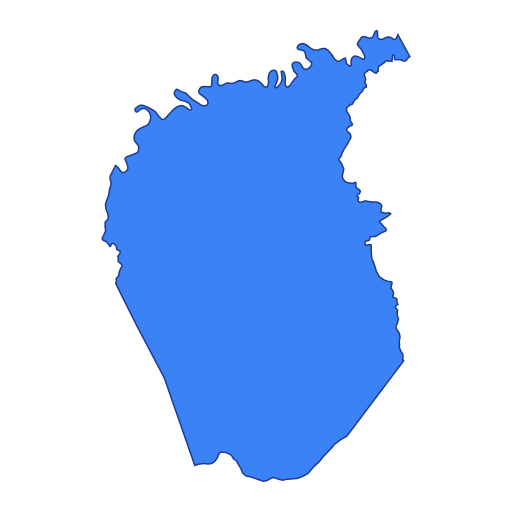 Bonito Oriental, Colón, Honduras
{"feature_id": "27666195B94434942697031", "entity_name": "Bonito Oriental", "entity_type": "district", "adm_level": 2, "iso_a3": "HND", "parent_name": "Honduras", "parent_adm1": "Colón", "projection": "robinson", "projection_center": [-85.72, 15.712], "detail": "fine", "context": "isolated", "style": "filled", "palette": "blue", "viewbox_px": 512, "rotation_deg": 0, "n_neighbors": 0, "source": "geoboundaries", "source_scale": "gbopen_adm2", "svg_char_len": 5927}
<svg xmlns="http://www.w3.org/2000/svg" viewBox="0 0 512 512"><path d="M115.6,165.5L110.1,176.2L110.1,178.9L111.1,183.0L111.1,184.3L109.7,188.8L108.4,196.1L105.9,202.5L105.5,204.5L105.9,208.9L107.6,213.1L108.2,216.0L108.2,217.9L107.7,219.3L105.1,222.3L105.1,226.4L105.6,231.0L102.1,238.7L103.3,240.5L105.4,241.2L107.2,242.5L110.0,246.5L110.5,246.3L111.3,244.4L112.2,243.5L113.0,243.3L114.1,243.8L116.5,246.5L116.6,249.2L119.5,251.0L120.3,251.8L120.0,253.5L117.8,256.3L118.4,258.5L118.1,261.0L118.4,261.6L121.5,264.4L122.0,265.3L122.0,266.2L120.6,268.5L119.2,272.1L118.8,275.5L116.1,278.7L116.5,280.7L115.8,282.6L116.0,284.2L136.9,325.9L164.3,377.9L194.8,465.5L197.5,464.5L201.7,463.7L204.4,463.6L208.2,464.0L212.0,463.4L214.0,461.9L216.8,458.9L219.0,453.7L219.5,453.0L220.9,452.2L224.1,452.2L225.9,452.5L229.0,453.8L231.4,455.3L233.6,458.9L236.6,460.9L237.8,463.5L240.6,468.0L242.7,473.0L245.4,475.5L246.6,476.2L250.7,476.9L263.6,481.3L267.1,480.5L271.5,478.1L273.5,477.5L280.3,479.7L283.3,480.2L285.5,479.4L297.6,478.4L303.2,476.1L307.2,473.9L308.7,472.7L313.2,467.3L319.2,461.8L322.6,457.4L332.4,447.0L334.2,444.5L340.3,439.9L346.9,436.1L403.7,360.7L402.6,359.2L403.0,357.5L402.7,353.8L401.0,351.5L399.2,347.2L399.6,345.0L399.2,341.6L400.0,337.0L399.5,334.0L399.1,332.8L396.7,329.4L395.9,327.1L396.0,326.0L397.2,323.7L398.5,318.7L397.5,316.4L397.1,314.6L397.6,310.1L395.5,307.7L395.2,306.9L395.7,306.0L397.9,304.5L396.8,301.9L396.7,300.8L397.1,299.8L396.9,299.0L396.0,298.3L393.4,297.3L392.7,296.6L393.4,294.2L393.5,292.7L392.8,290.8L390.9,288.1L392.1,282.6L391.3,281.9L387.6,281.3L384.3,280.1L379.4,276.8L376.5,271.6L373.3,261.5L371.8,259.2L371.2,251.1L371.2,245.1L370.5,244.7L369.4,244.6L365.9,245.3L365.4,244.9L364.9,243.1L365.3,241.8L366.0,241.0L368.5,240.6L369.4,240.1L369.8,237.9L370.6,236.9L371.6,236.5L373.7,236.6L375.7,236.3L380.9,233.1L385.8,230.9L386.2,229.8L385.9,228.5L383.9,226.8L381.1,223.4L379.3,221.8L379.2,221.3L385.4,217.7L390.3,214.3L390.7,213.5L389.3,212.9L384.7,213.1L381.1,212.1L380.8,211.1L381.7,206.5L381.6,205.1L380.6,203.8L378.5,202.5L376.2,202.1L370.0,201.8L365.2,200.9L360.5,202.4L358.6,201.7L357.9,200.2L358.6,197.6L356.9,195.9L357.4,195.2L359.5,193.5L360.2,191.7L360.2,190.9L359.1,189.6L357.1,188.3L356.0,187.0L355.7,185.7L356.0,183.2L355.8,182.6L354.7,182.5L352.3,183.5L345.8,182.2L343.0,179.0L342.5,177.6L342.3,176.0L343.8,168.9L341.1,162.7L338.6,159.5L339.0,158.5L340.9,156.6L342.2,152.8L344.4,148.6L346.7,145.2L350.9,137.6L350.8,135.7L350.2,134.0L349.4,133.0L347.0,131.2L346.6,129.7L346.9,128.7L347.6,127.8L349.7,126.2L352.1,125.2L352.5,124.1L350.8,121.7L350.2,119.8L350.2,117.9L349.5,115.7L346.6,111.3L346.6,108.2L347.1,107.3L349.8,105.2L350.3,104.4L351.5,104.7L352.2,104.3L355.0,99.5L357.3,98.2L359.3,94.3L362.3,91.3L363.8,88.4L364.6,87.8L366.3,87.2L366.4,85.4L364.8,82.4L365.0,81.3L365.7,79.6L365.0,76.9L364.2,75.0L364.7,73.3L366.1,71.8L367.2,71.6L368.0,70.2L369.2,69.8L371.3,70.4L375.2,73.1L376.4,73.2L377.1,72.0L378.1,71.3L378.4,67.0L380.1,65.5L384.2,62.7L385.8,60.8L386.7,60.6L388.2,61.4L389.8,61.0L392.0,61.3L392.5,55.7L393.0,55.0L393.5,55.0L394.5,56.1L394.4,58.7L395.0,59.7L399.5,59.6L404.1,61.1L406.0,60.6L408.5,57.5L409.9,56.7L397.9,34.7L396.5,38.2L394.8,39.6L394.1,39.6L390.8,37.5L388.4,36.9L386.1,37.4L382.5,39.3L380.0,39.4L378.7,38.9L377.9,37.9L377.5,36.0L377.5,31.7L377.1,30.9L376.6,30.7L375.3,31.4L373.0,36.5L371.8,37.7L369.1,38.2L364.3,36.5L361.7,37.1L357.9,42.5L357.4,44.3L357.9,45.4L361.4,49.5L364.4,55.2L364.7,56.9L364.5,58.6L364.0,59.2L363.1,59.2L357.8,56.6L354.9,56.0L353.7,56.4L352.5,57.4L351.5,58.9L351.1,60.6L351.0,64.8L350.6,65.7L350.0,66.1L348.3,65.3L346.5,63.5L345.4,58.1L343.6,58.5L339.6,61.1L337.7,61.5L334.8,59.4L332.1,55.1L329.4,51.8L327.9,50.2L325.6,48.7L323.6,48.4L320.4,49.1L318.0,50.0L314.7,50.1L311.6,48.9L306.7,45.1L304.3,43.9L302.3,43.5L299.7,44.3L298.6,45.1L297.6,46.3L297.2,47.7L297.5,48.6L298.3,49.3L303.4,50.6L304.2,51.2L305.2,52.9L306.1,57.8L311.1,62.2L311.7,63.3L311.7,64.4L311.0,65.9L309.0,68.1L307.0,69.2L305.5,69.2L304.0,68.9L303.1,68.2L301.2,64.8L300.0,63.4L298.7,62.5L295.9,62.0L294.2,62.4L293.0,63.1L292.2,64.6L292.3,66.9L294.2,71.5L297.1,74.6L297.4,75.8L296.9,76.9L294.3,79.2L290.1,85.4L287.7,87.2L286.4,86.7L285.1,85.0L285.4,78.7L284.7,74.3L283.7,72.0L282.4,71.1L281.5,71.2L281.2,71.6L282.1,78.4L281.4,82.0L278.7,86.0L275.9,87.9L275.1,87.4L275.0,86.2L276.8,82.0L277.7,78.6L277.8,77.1L277.4,74.9L276.1,71.1L274.8,70.3L273.1,70.3L271.4,70.9L270.2,71.9L269.2,73.4L268.2,77.6L268.6,82.2L268.3,84.0L267.4,86.6L266.3,87.3L264.0,86.4L261.9,83.9L258.7,81.1L256.6,80.2L254.9,79.9L252.6,80.1L247.9,81.8L245.9,82.1L243.7,81.7L241.9,80.7L239.1,80.6L233.3,83.3L231.7,83.4L227.0,83.0L221.6,85.5L219.7,85.6L218.4,84.7L217.7,83.2L218.2,77.9L217.8,76.5L216.5,74.8L214.8,74.3L213.4,75.3L212.0,78.0L211.8,84.5L210.8,86.9L203.7,86.5L201.8,86.9L200.2,88.0L198.8,90.7L198.8,92.3L199.7,93.8L205.5,98.1L207.3,100.3L207.9,102.0L207.9,103.6L207.3,104.8L206.0,105.6L202.8,105.7L201.5,105.3L192.1,99.2L185.8,93.1L181.6,91.8L176.9,89.2L175.5,90.2L174.5,92.2L174.3,94.2L175.1,95.7L176.5,97.4L180.1,100.0L185.4,101.4L188.7,103.1L189.9,104.6L191.2,107.1L191.6,108.8L191.1,109.8L190.3,110.1L189.1,109.8L186.1,107.4L182.8,105.7L181.0,105.6L178.4,106.2L176.5,107.1L173.2,109.7L165.2,118.5L163.8,119.5L162.8,119.6L161.5,119.1L158.4,115.9L155.6,112.0L152.2,109.5L147.4,107.0L143.9,105.7L141.5,105.1L139.6,105.5L135.3,108.4L135.0,109.9L135.6,111.5L136.4,112.0L137.3,111.9L140.0,109.7L142.2,108.7L143.8,108.5L145.6,108.9L146.5,109.4L149.4,112.3L150.3,114.8L150.8,117.6L149.6,122.1L148.2,124.2L146.7,125.5L140.9,128.1L137.5,130.1L135.8,132.3L134.5,134.8L134.0,137.5L134.4,140.3L135.3,141.9L137.9,145.0L138.8,146.9L138.7,148.6L138.0,151.5L137.5,152.5L136.7,153.0L127.5,156.5L126.1,157.1L125.3,157.9L125.0,159.3L126.1,161.6L127.6,165.6L127.9,168.1L127.4,169.9L124.9,172.2L123.3,172.6L121.1,171.7L117.9,167.4L115.6,165.5Z" fill="#3b82f6" stroke="#1e3a8a" stroke-width="1.5"/></svg>